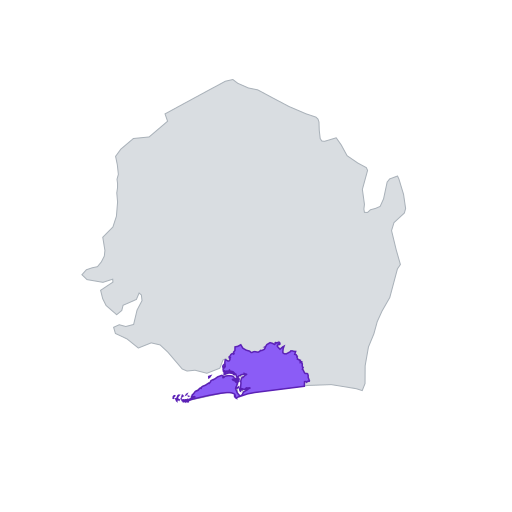 Bonthe, Southern, Sierra Leone shown in context, rotated 332°
{"feature_id": "65957751B90425188102960", "entity_name": "Bonthe", "entity_type": "district", "adm_level": 2, "iso_a3": "SLE", "parent_name": "Sierra Leone", "parent_adm1": "Southern", "projection": "albers", "projection_center": [-12.539, 7.5], "detail": "fine", "context": "in_parent", "style": "filled", "palette": "violet", "viewbox_px": 512, "rotation_deg": 332, "n_neighbors": 0, "source": "geoboundaries", "source_scale": "gbopen_adm2", "svg_char_len": 7735}
<svg xmlns="http://www.w3.org/2000/svg" viewBox="0 0 512 512"><g transform="rotate(332 256 256)"><path d="M418.5,251.8L418.3,255.2L415.2,270.9L410.4,284.3L407.2,287.7L393.5,291.3L387.6,297.2L382.7,316.3L379.5,331.3L374.8,333.8L354.6,355.5L341.4,363.8L332.2,370.9L323.5,380.1L312.6,389.1L300.8,404.2L292.4,419.8L286.6,424.7L282.3,420.3L262.1,404.9L240.9,394.6L195.6,377.3L180.6,372.5L181.1,366.3L186.3,355.1L177.9,341.9L181.2,332.4L177.9,332.4L171.4,338.1L157.6,336.5L148.5,328.2L141.1,325.2L137.8,321.1L133.0,299.4L129.6,289.5L122.7,283.5L108.9,282.0L103.2,268.7L95.5,258.4L96.8,252.1L103.0,252.5L107.9,257.1L115.8,259.0L125.6,247.9L134.4,241.9L136.5,236.6L135.4,233.8L130.0,238.2L115.5,237.1L111.9,241.1L105.4,242.4L100.4,229.4L100.6,221.7L102.7,213.3L117.4,211.9L118.6,209.2L108.5,207.4L95.7,197.5L93.5,190.8L99.8,188.5L105.8,189.5L111.0,191.0L116.7,188.6L122.0,184.9L125.2,180.2L129.5,167.5L143.3,163.2L151.4,155.4L159.1,143.4L162.7,134.9L165.8,130.7L167.8,127.0L169.3,123.0L172.8,119.3L176.4,110.3L178.8,102.1L186.8,98.2L202.9,94.7L217.5,100.7L241.2,95.5L242.4,87.8L264.1,87.6L289.7,87.4L311.0,87.3L318.4,89.3L321.0,95.0L328.1,104.0L335.5,110.1L344.6,123.7L355.3,139.5L366.8,153.8L374.1,161.5L375.0,164.2L374.5,167.3L370.9,174.6L367.8,182.5L368.1,185.4L370.3,186.9L382.3,189.3L383.4,198.1L383.5,210.2L389.4,221.5L394.9,229.8L394.7,232.8L381.2,247.1L376.0,261.3L373.3,265.2L372.2,268.4L375.0,269.9L378.7,268.9L383.9,270.1L388.9,270.5L395.5,265.4L406.5,252.3L410.2,250.7L418.5,251.8ZM176.2,367.0L174.6,369.9L167.4,362.8L130.1,352.3L140.7,346.7L166.6,345.1L174.2,348.3L177.7,351.0L179.0,356.2L176.2,367.0Z" fill="#d9dde1" stroke="#a8b0b8" stroke-width="1"/><path d="M245.1,361.9L244.0,361.0L246.2,358.9L244.6,357.9L243.5,356.8L242.2,356.1L241.3,356.6L236.8,356.6L235.2,355.7L234.4,354.5L234.5,353.5L236.6,350.4L238.4,348.8L237.0,348.8L233.4,349.6L232.5,346.2L232.5,345.5L233.1,344.8L233.5,344.7L235.2,345.2L235.8,345.0L236.2,344.0L235.9,343.0L235.6,343.4L235.0,343.5L234.7,343.3L234.2,342.4L233.2,342.4L232.7,341.6L232.2,341.6L231.6,342.6L230.8,342.8L229.5,340.8L227.7,339.1L224.0,339.3L221.9,340.5L221.4,340.5L221.7,340.7L221.1,341.3L219.6,342.3L216.7,342.2L215.8,341.5L215.3,341.5L214.6,342.0L212.6,341.9L210.0,339.8L208.8,339.4L207.1,339.3L206.3,338.8L205.7,337.0L203.1,334.5L201.1,331.2L200.9,327.2L197.5,327.2L194.8,326.4L193.0,329.6L191.1,330.3L190.7,331.2L190.9,331.6L190.4,332.1L190.1,332.1L189.9,331.3L188.9,331.0L187.4,331.3L186.3,332.1L184.8,332.5L184.6,333.6L185.4,333.8L184.9,334.2L184.4,335.2L183.4,335.9L182.6,335.9L181.9,335.5L180.5,333.4L180.0,333.3L178.4,335.5L177.0,339.1L175.8,339.8L174.1,340.0L173.4,341.3L175.0,343.6L176.4,343.9L177.9,345.2L178.6,344.3L179.1,344.2L179.1,345.9L180.3,346.3L181.5,347.6L182.5,351.0L182.6,351.9L182.2,353.2L183.0,354.1L183.5,354.2L184.5,353.8L185.9,354.2L187.1,353.8L189.8,354.7L190.4,354.1L190.7,354.9L191.7,355.4L192.1,356.0L191.4,356.3L190.8,356.1L187.7,357.1L187.5,356.7L186.6,356.8L185.2,357.8L183.7,359.4L183.1,361.1L180.1,365.6L181.5,366.7L182.8,368.2L183.5,368.4L185.6,367.9L186.4,368.5L188.3,369.3L188.6,369.5L188.4,369.9L187.7,369.6L185.1,370.1L181.5,370.2L180.1,370.9L178.8,372.0L177.6,372.1L176.6,372.6L183.9,373.8L190.7,375.9L237.5,393.7L239.9,389.7L241.0,390.2L241.5,391.3L242.5,390.8L244.2,391.6L244.6,391.3L245.0,388.2L245.2,387.3L245.9,386.3L246.3,384.4L245.9,383.7L244.3,382.8L244.0,381.9L244.1,378.3L243.8,377.7L245.3,376.5L244.9,376.1L245.2,374.8L246.2,373.1L246.4,371.6L245.8,371.6L245.7,371.0L245.2,370.8L245.5,370.6L245.6,370.0L246.1,370.1L245.6,369.5L246.1,368.9L245.5,368.6L245.7,368.4L245.5,368.0L244.2,366.6L244.5,366.4L244.6,365.7L244.7,364.3L245.4,363.9L245.1,363.2L245.1,361.9ZM169.7,345.3L165.4,344.7L161.9,345.2L160.8,345.1L160.4,345.3L160.2,345.0L158.2,344.9L157.4,345.1L156.7,345.8L154.8,346.5L154.5,346.0L150.8,346.4L147.7,346.0L145.7,346.4L145.4,347.1L144.3,346.4L141.8,347.4L140.6,347.3L140.0,347.0L139.8,347.2L138.7,347.1L135.8,348.5L134.8,348.5L133.3,350.0L135.7,351.3L136.1,352.3L135.6,351.7L133.8,351.3L132.9,351.7L130.4,351.2L129.4,351.9L129.3,352.2L131.2,352.3L135.8,353.4L148.8,356.9L160.9,360.8L166.3,363.0L168.7,364.3L170.6,365.6L170.7,365.2L170.6,365.6L172.1,367.7L172.3,368.5L171.6,371.7L172.6,372.3L175.7,371.9L176.0,371.5L175.2,368.1L175.7,363.5L176.5,362.5L178.6,361.1L179.0,360.3L179.5,360.4L179.9,359.7L179.8,359.3L180.1,359.4L180.2,359.1L179.8,358.3L179.6,358.5L179.5,358.0L179.0,357.9L178.8,356.4L177.7,355.2L177.3,354.6L177.3,353.9L177.5,353.9L177.9,354.7L178.6,354.9L179.6,353.0L179.6,352.5L178.4,350.6L175.7,348.8L172.9,347.8L171.8,347.7L170.4,348.2L169.7,347.9L169.8,347.5L170.9,346.9L170.6,346.4L169.7,345.3ZM176.5,346.4L176.7,346.0L176.4,344.9L174.7,344.0L173.9,342.9L173.1,342.9L173.4,344.3L174.7,345.9L175.5,346.3L176.5,346.4ZM127.0,350.4L126.3,349.8L126.0,349.8L126.2,350.3L126.1,350.6L126.6,351.3L128.1,351.8L127.8,352.3L127.6,352.3L127.9,351.8L127.1,352.2L126.5,352.0L127.1,351.7L126.7,351.8L126.5,351.4L125.9,351.4L125.4,350.9L125.3,351.1L125.2,350.7L125.6,350.1L125.1,350.1L124.9,350.6L124.3,350.9L127.8,352.9L128.7,351.1L128.3,350.4L127.0,350.4ZM119.8,344.9L120.2,344.2L121.1,343.4L122.7,342.8L122.2,342.5L121.5,342.7L119.2,344.6L118.7,344.9L118.4,344.8L118.4,345.1L118.3,344.6L118.8,344.8L118.0,344.4L118.2,346.1L118.0,346.6L117.9,346.2L117.8,346.3L117.9,346.7L118.1,346.7L118.2,346.1L118.8,346.1L120.1,346.4L120.4,347.1L120.7,346.8L119.9,345.8L119.8,344.9ZM177.3,336.6L175.5,337.2L174.5,338.3L174.6,338.9L175.4,339.1L177.0,338.6L177.3,336.6ZM182.5,357.7L182.6,357.3L183.2,357.0L183.5,355.9L183.4,355.6L182.4,355.2L181.4,355.9L182.0,357.3L182.5,357.7ZM180.4,346.9L178.0,347.1L180.0,348.4L181.3,348.6L180.7,347.3L180.4,346.9ZM184.7,369.8L186.1,369.7L187.0,368.9L186.2,368.7L184.5,369.3L184.7,369.8ZM159.6,340.5L157.7,340.2L157.2,341.4L158.1,341.3L159.6,340.5ZM180.7,367.5L180.9,366.8L179.8,365.7L179.5,366.4L180.2,367.5L180.7,367.5ZM125.6,345.5L125.9,345.0L125.6,344.4L124.5,345.5L125.6,345.5ZM124.5,349.0L123.4,348.7L123.5,349.9L123.7,349.3L124.1,349.7L124.5,349.0ZM181.4,350.8L181.6,350.2L180.7,349.5L180.6,350.1L180.9,350.6L181.4,350.8ZM116.6,341.9L118.7,341.3L118.7,341.2L118.2,341.0L117.5,341.1L116.8,341.5L116.6,341.9ZM180.8,357.7L180.7,357.0L180.2,356.2L179.9,356.8L180.8,357.7ZM124.6,350.1L124.4,349.6L124.1,350.0L123.1,350.1L122.9,349.9L123.4,350.6L124.6,350.1ZM182.0,355.1L181.1,354.5L180.8,354.6L181.1,355.4L182.0,355.1ZM179.5,356.6L179.9,355.9L179.9,355.5L179.4,355.5L179.3,356.4L179.5,356.6ZM132.8,350.9L133.5,350.5L133.0,349.9L132.5,350.6L132.8,350.9ZM182.0,358.6L182.0,358.1L181.7,357.5L181.5,358.7L182.0,358.6ZM173.2,345.9L172.8,345.2L172.3,345.2L172.6,345.8L173.2,345.9ZM178.0,363.4L177.4,363.3L177.3,363.8L177.6,363.9L178.0,363.4ZM126.1,351.3L126.0,350.6L126.1,350.3L125.9,350.2L125.7,350.8L126.1,351.3ZM179.1,365.9L179.5,365.6L179.6,365.1L179.1,365.7L179.1,365.9ZM178.8,368.0L179.0,367.5L178.7,367.2L178.6,367.7L178.8,368.0ZM171.5,370.9L171.1,370.0L171.1,369.7L171.0,370.2L171.5,370.9ZM181.0,367.6L181.3,367.2L181.1,367.0L180.8,367.4L181.0,367.6ZM181.6,349.8L181.2,349.4L180.8,349.4L181.1,349.7L181.6,349.8ZM180.9,366.5L180.8,366.2L180.2,366.1L180.6,366.5L180.9,366.5ZM179.7,355.4L179.8,355.1L179.7,354.9L179.4,355.1L179.7,355.4ZM123.1,347.5L122.9,346.9L122.5,346.4L123.1,347.5ZM123.1,348.8L122.8,348.9L122.7,349.1L122.9,348.9L123.0,349.6L123.1,348.8ZM116.8,343.3L115.7,342.1L116.2,342.8L116.8,343.3ZM171.6,371.0L171.4,370.9L171.4,371.6L171.6,371.9L171.6,371.0ZM178.4,346.1L178.8,346.1L178.7,345.7L178.4,346.1ZM179.3,363.4L178.9,363.5L179.0,363.8L179.2,363.7L179.3,363.4ZM172.0,368.8L171.5,369.1L171.5,369.4L172.0,368.8ZM129.4,345.7L129.7,345.7L130.0,345.5L129.7,345.5L129.4,345.7ZM130.8,348.2L130.9,348.4L131.4,348.4L130.8,348.2Z" fill="#8b5cf6" stroke="#5b21b6" stroke-width="1.5"/></g></svg>